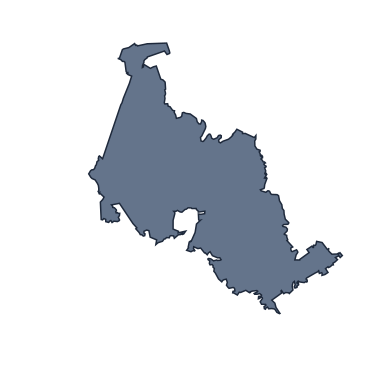 the district of Naranjos Amatlán, Veracruz, Mexico, rotated 47°
{"feature_id": "50627088B32866858963160", "entity_name": "Naranjos Amatlán", "entity_type": "district", "adm_level": 2, "iso_a3": "MEX", "parent_name": "Mexico", "parent_adm1": "Veracruz", "projection": "albers", "projection_center": [-97.672, 21.308], "detail": "fine", "context": "isolated", "style": "filled", "palette": "slate", "viewbox_px": 384, "rotation_deg": 47, "n_neighbors": 0, "source": "geoboundaries", "source_scale": "gbopen_adm2", "svg_char_len": 6120}
<svg xmlns="http://www.w3.org/2000/svg" viewBox="0 0 384 384"><g transform="rotate(47 192 192)"><path d="M337.3,125.2L337.3,127.3L336.6,126.8L336.3,128.2L332.9,132.1L328.7,132.3L327.6,131.9L326.4,130.2L326.8,131.8L326.4,132.2L317.7,131.3L313.1,134.5L315.0,137.3L315.1,138.2L313.9,139.3L315.4,141.0L315.0,141.4L313.4,141.1L312.4,147.2L316.2,147.7L314.8,159.2L315.2,159.6L311.8,163.1L309.0,158.7L308.3,155.8L307.5,155.3L305.6,155.0L303.9,159.4L303.2,159.7L301.2,158.8L300.4,157.9L300.9,155.8L292.2,155.7L292.3,154.6L289.5,153.4L288.3,152.3L285.9,153.4L285.6,153.2L285.4,149.1L284.2,147.5L281.8,147.3L279.2,149.0L278.3,148.7L278.3,147.2L281.0,143.9L280.9,142.8L280.3,142.1L275.5,142.3L271.0,139.7L268.2,137.4L265.7,137.2L262.6,135.0L258.1,134.0L253.7,131.2L251.9,131.6L248.1,135.4L246.9,135.6L244.4,134.8L243.4,135.2L242.8,135.8L242.6,138.2L238.2,140.7L237.0,140.5L238.5,137.0L238.2,136.2L236.1,133.7L233.1,127.8L232.0,127.7L231.7,128.0L232.0,129.0L231.2,129.5L230.1,125.3L228.9,125.1L229.0,126.3L228.2,126.2L226.9,123.7L223.8,122.4L224.1,120.6L223.4,120.2L222.6,120.6L220.8,120.5L220.4,119.7L220.8,118.5L219.5,118.5L218.5,119.4L216.7,118.9L215.1,119.1L214.7,118.6L215.1,117.1L214.0,116.1L212.5,116.0L212.3,116.5L213.0,117.2L212.2,117.3L210.5,116.1L208.5,115.5L208.6,114.3L207.9,113.7L204.9,115.3L201.2,114.6L197.4,111.3L196.8,109.2L194.3,106.8L194.7,109.3L185.5,113.1L183.7,115.2L182.7,114.2L176.7,116.4L177.4,119.5L177.5,122.8L178.2,123.0L178.0,123.9L178.5,124.7L178.3,129.3L176.0,134.7L175.5,137.7L173.8,138.2L172.3,137.2L172.0,136.3L172.2,133.6L170.8,132.2L169.7,132.5L168.8,134.1L169.5,136.6L168.2,140.2L166.2,140.9L163.4,139.6L162.0,139.4L161.3,140.0L161.3,142.3L162.2,145.1L162.7,148.9L162.5,149.6L160.8,150.6L157.8,148.5L157.7,146.7L154.7,138.9L153.5,137.2L150.5,135.4L148.8,135.2L147.1,135.2L146.0,135.9L147.0,136.9L148.1,139.4L146.8,140.5L144.2,140.3L141.3,138.7L140.3,138.8L133.7,140.1L130.4,142.8L128.2,143.7L127.5,145.0L129.6,147.9L129.5,149.6L127.5,153.2L124.6,151.5L121.6,150.7L120.7,149.4L119.0,150.5L114.7,149.9L113.0,150.9L110.8,149.6L109.1,151.8L107.9,151.5L105.2,148.0L102.9,146.4L102.7,145.2L101.7,144.0L98.7,142.3L98.8,141.2L93.9,137.2L93.1,136.7L90.2,136.8L88.2,137.9L75.5,132.2L74.1,134.9L73.2,138.1L66.1,140.1L66.3,141.1L67.4,142.2L67.1,143.4L65.7,141.8L64.3,138.6L63.4,137.9L63.0,136.3L63.3,133.3L62.8,132.5L70.1,116.0L74.4,116.5L75.3,114.1L75.2,113.4L73.1,112.2L65.8,109.0L53.1,123.6L47.9,132.3L46.8,132.2L46.3,133.2L44.3,132.7L43.3,139.7L40.7,144.4L40.4,145.8L44.7,153.9L43.7,155.2L46.6,153.8L49.0,153.8L50.3,152.6L51.4,152.6L59.1,158.1L60.1,158.2L60.8,157.4L61.4,157.8L61.0,158.8L62.5,158.7L66.1,157.1L69.9,163.8L76.6,178.2L79.0,182.3L79.7,184.6L106.7,234.7L102.5,235.1L102.4,236.0L103.8,237.9L105.2,238.7L105.0,240.7L106.9,243.5L106.9,244.5L108.3,247.0L108.5,248.7L107.4,250.3L107.3,251.8L108.3,255.2L112.3,256.0L114.0,255.9L117.1,254.6L121.1,255.3L123.3,256.0L125.6,257.6L127.5,259.3L127.5,260.2L128.6,260.5L129.3,259.7L129.7,261.0L130.2,261.1L131.0,260.1L135.7,259.8L136.6,262.3L136.9,265.9L150.2,277.2L151.4,276.4L151.3,274.6L153.2,273.8L154.9,275.3L157.4,273.7L157.2,271.6L157.5,270.8L159.8,271.3L160.1,269.0L162.8,266.7L163.3,264.8L163.1,264.1L160.2,263.1L159.8,261.2L158.3,259.4L157.3,260.5L156.2,260.6L155.6,261.7L154.3,261.1L154.2,260.1L153.4,259.5L150.7,259.5L149.2,260.5L148.5,259.8L146.5,259.7L150.8,252.8L174.8,256.7L180.6,256.8L180.6,258.2L185.6,258.3L187.9,258.9L188.9,257.9L191.0,257.7L191.7,256.4L190.6,254.9L189.2,255.1L188.0,253.9L188.9,251.1L190.9,249.9L196.5,253.4L202.9,250.5L205.8,254.3L205.9,251.5L207.9,247.2L207.4,244.5L208.1,243.3L207.9,241.8L210.0,239.8L209.2,238.2L209.5,237.2L211.6,235.4L213.8,236.5L214.0,231.2L215.4,229.3L215.2,228.7L215.9,228.3L215.8,227.7L217.3,227.8L215.5,227.7L215.6,227.0L217.0,226.7L216.3,223.3L212.4,230.0L211.5,228.7L206.2,231.1L199.8,225.1L196.1,219.3L195.1,218.5L193.7,218.5L195.2,216.8L195.5,215.2L198.5,214.3L199.9,213.1L200.0,209.1L200.7,207.8L200.9,205.6L203.0,203.5L204.1,203.3L206.9,200.2L207.8,200.7L210.2,200.5L211.0,201.1L214.8,195.7L216.5,197.5L214.4,200.8L212.4,202.3L216.9,206.1L217.9,206.1L218.4,205.2L218.5,210.6L223.7,217.3L227.5,226.2L227.4,226.9L226.8,226.8L226.7,228.2L229.8,232.5L230.4,232.6L231.0,235.7L235.0,233.5L235.6,231.1L236.7,230.6L236.8,229.9L234.4,229.5L233.2,228.1L237.4,226.3L238.9,223.9L245.1,224.4L245.5,223.8L248.3,223.7L247.8,221.6L248.0,219.5L252.5,220.5L257.7,218.1L259.0,216.5L261.4,216.9L261.2,217.9L259.3,220.2L258.6,220.3L257.0,223.2L253.8,223.8L252.0,225.1L251.8,226.0L252.4,226.4L254.4,226.0L256.2,228.1L257.6,228.5L258.8,226.7L260.2,226.8L261.3,227.9L263.1,227.8L264.9,230.1L267.1,230.2L273.7,231.9L278.0,231.5L277.6,229.8L277.9,228.5L279.1,226.4L282.2,227.8L283.7,230.4L286.3,230.7L287.7,230.6L289.9,227.0L291.0,226.6L292.1,226.9L293.6,228.1L292.6,229.8L293.5,231.0L294.4,230.3L298.3,229.1L297.5,225.8L298.6,225.0L300.6,219.7L304.9,218.6L305.3,217.8L304.7,217.4L305.6,215.5L308.3,211.8L309.4,211.6L309.6,212.4L308.6,215.8L309.5,215.9L311.2,214.1L312.4,211.8L314.7,211.4L315.2,211.9L315.1,212.8L313.8,214.5L315.4,216.3L316.0,214.6L315.8,213.4L316.4,212.8L317.3,212.7L317.9,213.1L318.8,217.0L321.5,217.7L324.4,214.8L324.8,214.9L325.3,215.4L325.0,217.5L326.7,218.7L327.8,218.2L327.2,216.8L327.7,215.2L329.7,215.6L331.6,213.2L333.6,211.6L334.4,211.4L337.9,212.0L340.6,211.0L340.8,210.5L333.7,209.3L329.8,207.2L325.5,207.4L327.0,195.5L325.0,194.3L325.0,193.7L328.9,194.3L329.4,192.1L331.7,190.0L332.6,190.1L332.5,185.0L329.7,183.3L328.4,181.9L327.1,179.7L327.2,178.1L330.2,179.8L331.1,181.9L332.5,182.2L333.3,180.4L333.2,179.9L332.4,179.6L332.6,177.3L331.0,176.2L330.6,176.2L330.6,177.3L330.1,177.3L329.7,176.8L329.6,175.1L331.3,174.5L334.1,172.3L334.9,171.5L335.1,170.0L336.1,169.5L336.1,168.9L334.9,167.8L333.9,168.1L333.2,167.6L333.1,166.6L335.3,157.0L336.2,154.1L336.8,153.8L335.2,152.6L338.4,154.4L339.5,152.1L340.5,152.5L341.6,153.8L343.0,151.1L343.6,147.4L339.1,146.6L339.4,143.5L340.4,143.6L341.0,141.4L340.8,139.7L341.7,138.3L340.2,137.5L340.7,135.1L340.7,131.7L337.7,131.8L338.8,128.1L341.0,128.3L341.0,125.4L337.3,125.2Z" fill="#64748b" stroke="#1e293b" stroke-width="1.5"/></g></svg>